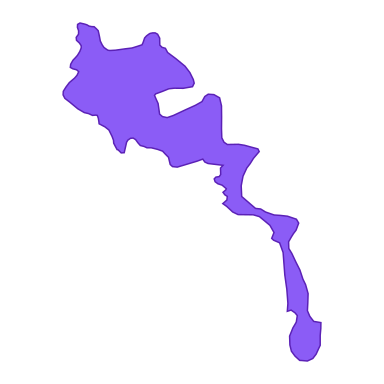 outline of Al-Karkh, Baghdad, Iraq
{"feature_id": "34846034B16930377854620", "entity_name": "Al-Karkh", "entity_type": "district", "adm_level": 2, "iso_a3": "IRQ", "parent_name": "Iraq", "parent_adm1": "Baghdad", "projection": "orthographic", "projection_center": [44.409, 33.178], "detail": "fine", "context": "isolated", "style": "filled", "palette": "violet", "viewbox_px": 384, "rotation_deg": 0, "n_neighbors": 0, "source": "geoboundaries", "source_scale": "gbopen_adm2", "svg_char_len": 2743}
<svg xmlns="http://www.w3.org/2000/svg" viewBox="0 0 384 384"><path d="M146.5,35.9L144.6,38.0L143.1,42.5L142.0,44.8L138.1,46.1L132.0,48.0L125.4,48.8L115.4,50.2L109.8,50.5L107.8,50.2L104.0,47.5L102.2,44.9L100.3,41.0L99.6,37.2L98.9,33.8L98.2,30.7L96.3,28.7L94.1,26.7L93.4,26.7L91.7,26.6L89.1,26.1L86.9,24.8L84.7,24.1L82.6,23.6L80.0,23.0L77.6,24.4L77.4,27.3L78.6,30.8L78.5,34.2L76.2,37.4L76.5,40.3L79.4,43.0L81.2,45.7L81.2,48.0L79.8,51.5L77.5,55.3L75.4,57.7L73.0,60.2L70.7,64.2L70.3,67.4L72.8,68.8L76.6,69.8L78.7,71.7L77.0,75.3L74.5,78.2L69.4,82.5L66.0,87.0L63.3,91.3L63.1,94.9L64.9,98.4L69.6,102.0L77.8,108.8L84.3,112.6L88.6,113.6L92.5,115.4L95.7,115.1L97.3,115.4L98.3,118.2L98.9,121.8L99.1,123.8L105.0,126.9L108.9,130.0L112.1,136.5L113.5,140.3L113.7,143.2L115.3,146.3L117.1,149.6L118.2,149.9L121.2,152.9L124.2,152.7L125.1,148.8L126.6,142.2L127.9,140.1L130.5,138.3L133.2,138.1L135.6,139.6L138.0,142.9L140.3,145.5L144.2,146.5L147.0,147.8L151.3,147.8L157.7,149.4L162.7,151.2L163.2,151.8L165.7,154.5L168.5,157.3L170.2,164.5L172.5,166.6L177.3,167.1L197.0,161.2L202.8,159.1L204.8,162.0L205.2,162.2L208.0,163.5L212.1,164.0L223.0,165.3L220.5,168.1L220.7,174.5L219.2,176.6L215.9,177.1L214.2,178.9L215.1,181.7L217.9,183.8L222.0,185.1L226.3,188.7L225.8,189.9L223.0,192.3L224.8,194.8L227.3,196.4L226.9,200.0L222.8,203.6L226.7,206.4L232.7,212.0L238.1,214.6L253.2,214.8L259.4,216.6L269.9,225.3L274.0,232.5L271.7,238.4L273.6,240.2L279.6,242.8L283.1,252.5L284.8,274.9L286.4,286.4L286.8,289.0L287.9,303.4L287.3,311.3L291.1,310.1L295.0,312.8L297.3,315.6L296.3,322.0L295.9,322.8L292.9,327.9L289.6,336.1L289.9,345.0L291.4,351.2L295.0,356.1L299.7,360.4L301.7,360.5L307.4,361.0L312.8,358.5L316.1,354.2L318.3,349.4L320.2,345.3L320.2,335.5L320.8,328.6L320.9,322.6L313.7,321.4L309.8,316.3L307.4,310.7L307.8,303.0L308.1,293.6L305.6,284.7L302.9,279.1L299.9,270.0L295.9,262.1L291.8,253.4L288.8,248.5L288.6,241.8L291.4,236.9L293.4,233.7L296.1,230.1L298.7,223.1L296.4,219.2L287.5,216.2L280.3,215.4L274.2,215.0L265.5,212.0L260.7,209.0L255.5,208.4L250.0,203.7L241.7,196.5L241.2,185.8L243.0,176.2L246.8,168.0L250.1,163.7L253.5,158.3L259.2,151.6L257.9,148.9L251.5,147.2L244.6,145.3L238.5,144.3L227.3,144.5L224.0,142.2L221.8,137.8L221.5,128.8L221.6,117.1L221.5,107.3L221.5,105.9L219.6,97.8L213.9,94.6L208.2,94.2L204.8,96.5L202.0,101.6L195.4,105.3L185.5,109.8L173.3,115.5L167.2,117.6L162.5,116.6L161.4,115.7L159.6,114.1L158.8,108.5L158.1,103.5L156.5,100.0L154.5,95.4L155.6,93.9L162.4,91.4L168.8,88.8L174.4,88.2L183.2,88.3L192.5,86.7L194.2,83.2L193.3,79.5L189.9,72.6L185.0,66.2L175.9,58.7L167.6,52.5L165.4,48.3L162.0,47.3L159.8,45.1L159.7,40.3L159.7,38.2L157.6,34.2L155.2,32.9L152.6,32.9L150.1,33.4L148.9,34.1L146.5,35.9Z" fill="#8b5cf6" stroke="#5b21b6" stroke-width="1.5"/></svg>